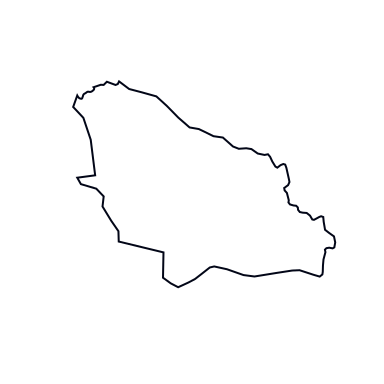 the district of Tomás Gomensoro, Artigas, Uruguay, rotated 318°
{"feature_id": "84410073B21516970861413", "entity_name": "Tomás Gomensoro", "entity_type": "district", "adm_level": 2, "iso_a3": "URY", "parent_name": "Uruguay", "parent_adm1": "Artigas", "projection": "equal_earth", "projection_center": [-57.351, -30.496], "detail": "fine", "context": "isolated", "style": "outline", "palette": "ink", "viewbox_px": 384, "rotation_deg": 318, "n_neighbors": 0, "source": "geoboundaries", "source_scale": "gbopen_adm2", "svg_char_len": 1695}
<svg xmlns="http://www.w3.org/2000/svg" viewBox="0 0 384 384"><g transform="rotate(318 192 192)"><path d="M113.1,236.3L115.1,245.7L118.0,253.5L123.4,255.2L128.9,256.9L136.1,258.7L144.2,259.3L154.7,260.0L158.7,262.2L166.3,272.8L174.7,288.2L181.9,296.6L200.8,308.8L213.9,317.4L219.6,322.1L226.9,334.8L230.3,340.3L233.7,340.5L235.7,338.9L240.1,334.3L244.6,330.1L250.9,326.0L252.2,323.8L254.3,323.7L256.7,325.2L258.8,328.0L260.7,328.4L264.7,325.3L267.8,320.0L266.5,314.2L265.6,309.1L269.9,302.3L272.8,298.4L271.7,296.4L269.8,295.7L267.2,295.1L264.0,294.3L263.0,292.9L263.9,288.5L263.2,284.3L260.4,281.4L258.7,279.0L258.9,276.2L260.3,274.3L260.2,271.9L258.4,269.9L256.5,266.8L256.7,264.3L258.4,262.9L261.9,256.2L261.9,252.8L263.2,250.7L268.0,251.2L271.1,249.8L272.9,246.8L278.3,237.2L279.6,234.0L278.6,232.3L275.8,231.3L271.7,231.0L271.0,228.9L272.1,223.0L273.6,218.1L273.7,214.8L270.7,213.0L266.6,207.4L264.9,199.9L261.6,195.8L255.7,191.2L252.9,185.6L251.4,172.2L245.3,164.9L241.8,156.1L239.2,149.8L233.4,142.4L231.6,127.6L230.9,111.2L229.5,97.1L221.3,84.2L214.2,73.4L211.8,61.0L209.1,62.1L206.8,61.3L202.5,53.1L198.0,53.3L196.0,51.3L189.0,48.3L189.0,48.6L188.9,48.9L188.6,49.6L188.0,50.1L187.4,50.3L185.5,50.3L184.4,50.1L183.4,49.6L182.6,48.8L182.0,48.0L181.4,47.6L180.5,47.4L179.0,47.3L178.0,47.0L177.1,46.9L176.5,47.0L176.0,47.2L174.7,48.0L174.1,48.3L173.2,48.8L172.7,48.9L172.3,48.8L172.1,48.6L171.9,48.4L171.2,47.3L171.0,46.8L171.0,46.3L171.0,45.1L171.1,44.4L171.3,43.5L160.6,49.3L160.9,64.2L151.7,85.4L131.2,114.8L116.3,104.6L114.7,111.8L123.1,125.5L123.4,136.2L115.8,142.9L112.7,159.5L111.1,171.9L104.4,179.8L130.4,217.8L113.1,236.3Z" fill="none" stroke="#020617" stroke-width="2"/></g></svg>